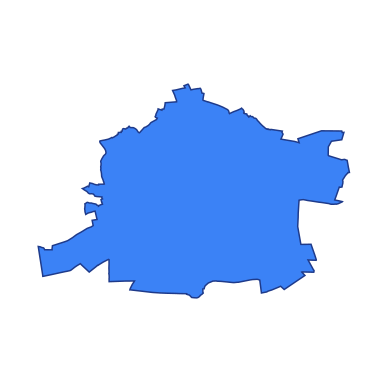 Biharia, Bihor, Romania, rotated 174°
{"feature_id": "2599482B24055189409402", "entity_name": "Biharia", "entity_type": "district", "adm_level": 2, "iso_a3": "ROU", "parent_name": "Romania", "parent_adm1": "Bihor", "projection": "natural_earth1", "projection_center": [21.929, 47.156], "detail": "fine", "context": "isolated", "style": "filled", "palette": "blue", "viewbox_px": 384, "rotation_deg": 174, "n_neighbors": 0, "source": "geoboundaries", "source_scale": "gbopen_adm2", "svg_char_len": 5938}
<svg xmlns="http://www.w3.org/2000/svg" viewBox="0 0 384 384"><g transform="rotate(174 192 192)"><path d="M278.4,252.2L278.3,250.7L274.3,244.2L273.6,242.3L273.4,240.3L273.6,239.6L273.8,239.2L274.0,238.9L274.5,238.4L275.4,237.8L276.4,236.9L277.0,236.0L278.0,234.7L279.1,232.9L279.5,232.3L279.6,231.6L279.4,230.0L279.6,229.0L279.6,228.6L279.7,227.9L280.0,227.3L280.1,226.9L280.2,226.4L280.1,225.8L280.1,225.3L280.5,223.5L280.3,222.4L280.2,221.6L280.1,219.7L280.2,217.3L280.2,216.9L280.0,216.0L279.5,214.3L279.1,212.8L279.0,212.0L278.7,211.3L278.7,210.9L278.6,210.6L278.6,210.3L278.4,209.1L278.9,209.0L284.0,209.5L284.1,208.8L285.4,209.0L285.9,209.0L286.8,209.3L288.4,209.9L290.0,210.8L292.7,211.7L294.2,208.0L295.3,208.7L296.4,208.2L299.4,207.1L300.6,206.9L299.0,205.4L297.0,203.9L296.5,203.5L296.0,202.9L295.6,202.2L294.8,201.4L294.0,200.9L292.8,200.8L292.0,200.8L290.8,200.4L290.3,200.2L289.9,199.7L289.4,198.9L289.1,198.1L288.6,197.9L287.0,197.4L283.1,196.7L282.1,196.4L282.3,196.0L282.2,195.3L282.1,194.9L281.8,194.5L283.3,194.0L283.1,192.5L282.9,191.3L282.7,191.3L282.4,189.7L282.5,189.7L282.4,189.2L283.6,189.0L285.9,188.3L286.1,187.9L286.5,187.7L286.5,188.0L286.7,188.3L287.3,188.7L287.8,188.8L288.2,189.2L288.5,189.7L288.9,190.1L289.4,190.2L292.2,191.1L293.3,191.6L294.9,191.7L295.3,191.8L296.0,192.2L296.9,192.6L297.5,192.6L297.9,192.4L298.9,191.8L299.8,191.4L299.7,190.4L300.3,187.1L300.5,186.7L300.5,185.8L300.4,184.6L300.5,183.6L300.0,180.8L297.9,181.8L296.7,182.1L294.3,182.4L292.8,182.8L291.5,183.0L290.4,183.1L289.3,174.6L294.3,174.3L293.8,168.9L295.8,167.9L296.3,167.7L296.9,167.6L300.0,166.8L306.7,163.6L310.5,162.0L311.4,161.6L315.6,159.1L317.0,158.4L320.3,156.8L320.7,156.6L323.9,155.8L333.9,153.7L336.4,153.2L337.1,150.2L337.1,149.2L338.8,149.3L344.6,150.0L345.1,151.5L345.8,152.1L347.2,152.5L348.0,153.0L348.8,153.4L350.6,153.9L350.0,141.3L349.9,139.6L349.2,125.6L349.2,123.7L348.7,123.7L340.8,124.5L332.0,125.5L326.3,126.1L324.8,126.2L321.4,126.6L320.4,127.0L316.4,129.5L314.2,130.7L310.5,132.4L309.7,131.3L302.6,123.1L295.5,127.6L293.8,128.8L293.2,129.1L293.1,128.9L291.8,129.6L287.4,131.7L282.2,133.7L281.6,133.4L282.0,129.2L282.6,124.9L282.9,120.5L283.1,120.2L283.2,119.7L283.2,119.0L283.1,118.4L283.3,115.6L283.5,114.7L283.8,111.5L267.4,110.4L258.5,109.5L259.0,108.8L261.0,106.4L263.5,102.5L264.0,101.2L263.9,101.2L241.6,96.2L236.3,95.3L234.7,95.0L227.8,94.0L218.6,92.8L215.2,92.3L207.9,91.4L208.0,90.8L205.3,89.7L203.4,87.2L203.2,87.1L200.8,86.6L198.3,86.2L196.9,86.5L195.8,87.1L195.1,87.6L194.6,88.3L193.6,88.8L192.7,89.3L192.0,89.9L191.4,90.3L191.5,90.9L191.7,91.0L191.5,92.9L191.5,93.7L191.4,94.4L190.0,94.5L189.6,95.8L188.8,97.2L188.5,97.5L186.0,99.3L185.6,99.6L185.0,99.9L182.2,100.7L180.6,101.2L177.1,101.0L176.5,100.7L172.5,100.1L167.1,99.0L161.0,97.7L159.6,97.5L156.5,97.5L155.3,97.4L143.2,98.5L140.8,98.6L136.7,98.4L135.6,98.2L133.8,97.3L133.5,84.3L128.1,84.8L126.6,85.5L123.0,86.2L115.9,88.3L114.0,88.9L113.7,89.0L110.5,85.4L88.4,97.2L91.2,100.9L90.9,101.0L84.7,100.2L79.3,99.5L78.8,100.9L79.0,101.5L79.4,102.0L80.0,103.5L83.7,112.3L80.0,111.7L76.9,111.3L75.7,111.1L75.5,111.3L75.5,111.7L76.4,116.1L79.1,127.6L84.0,128.0L89.2,128.5L90.5,146.7L90.4,147.2L89.1,155.6L88.6,159.7L86.8,170.4L86.5,171.7L86.5,172.2L86.3,172.7L85.7,172.7L84.2,172.8L82.1,172.8L79.8,172.1L78.0,171.5L73.6,170.4L67.6,168.8L64.1,168.0L56.8,166.1L55.9,165.6L54.9,165.3L54.1,165.2L53.2,165.1L52.6,165.0L52.3,165.0L50.7,165.0L49.6,164.8L47.7,165.1L43.6,166.5L43.4,166.7L46.9,167.9L49.8,168.8L50.9,169.2L49.1,172.8L46.0,179.4L45.0,181.5L44.1,181.2L43.4,181.2L42.3,181.3L41.9,182.7L41.1,184.9L40.8,186.8L41.0,188.2L39.5,190.0L37.8,192.2L35.8,194.0L34.8,194.7L34.8,195.0L33.4,195.0L33.7,198.5L33.9,200.3L34.1,203.4L34.4,207.3L35.2,207.6L36.6,208.4L37.1,208.5L39.8,208.4L40.9,208.8L41.7,209.2L52.2,213.7L52.7,214.4L51.7,222.7L48.0,227.9L37.6,228.3L34.7,235.4L36.4,235.4L36.5,236.2L36.7,237.0L50.5,238.6L56.9,239.3L81.1,233.9L80.3,229.8L84.5,231.5L88.8,232.7L97.0,235.0L98.0,235.3L95.4,240.0L96.3,242.1L95.8,243.1L107.0,246.0L107.3,245.7L110.1,246.4L109.8,246.7L111.5,247.1L111.8,247.3L112.1,247.4L113.2,248.7L114.4,249.9L115.9,251.6L117.5,253.7L118.5,255.2L119.5,256.3L119.9,257.4L120.7,258.4L121.4,258.8L122.3,258.9L123.1,259.6L123.7,260.5L124.1,260.7L124.8,260.7L125.4,260.9L125.6,261.1L126.2,261.8L127.6,260.6L128.2,261.4L128.2,261.8L129.1,262.6L129.3,263.8L130.2,264.2L130.9,264.2L131.6,264.6L131.9,264.7L132.3,265.1L132.3,265.4L131.8,265.9L132.0,267.4L132.7,268.8L133.5,269.5L133.9,270.2L134.7,269.8L135.3,269.5L138.7,268.4L142.3,267.5L145.8,266.3L146.5,266.0L146.8,266.7L146.9,267.7L147.2,269.1L148.0,270.2L152.4,273.1L153.3,273.6L156.0,275.1L158.0,276.1L162.7,278.2L166.7,280.0L166.8,279.9L171.1,281.9L171.4,282.1L171.5,282.3L171.5,282.5L171.1,284.2L170.6,286.0L169.8,288.7L169.9,288.8L171.5,289.2L171.8,289.4L171.8,289.8L172.3,292.8L172.7,293.9L173.0,294.3L174.6,294.1L175.6,294.2L179.7,294.0L182.4,293.7L182.9,295.3L184.2,299.0L184.7,299.7L188.9,298.5L187.9,296.3L189.3,296.1L190.5,296.1L197.2,295.2L200.7,295.0L199.1,290.1L198.8,288.4L197.8,284.4L197.9,283.3L209.3,283.6L210.0,280.7L211.2,277.5L213.1,277.5L213.4,276.5L217.0,278.2L217.2,277.3L219.8,273.0L219.9,271.9L220.6,271.2L220.8,270.7L220.4,270.0L219.9,269.7L218.8,269.1L219.7,267.8L225.4,265.4L226.1,264.9L227.1,263.8L228.6,262.7L231.1,261.5L232.8,261.1L238.0,256.4L238.6,256.6L239.5,257.6L240.2,259.1L240.6,259.8L241.6,260.8L242.7,261.6L243.5,262.1L244.8,262.3L245.6,262.4L246.3,262.5L246.9,262.8L247.7,264.0L248.4,263.5L248.8,262.9L249.2,262.6L249.4,262.4L250.1,262.4L250.5,262.3L250.8,262.0L251.1,261.8L251.3,261.6L251.6,261.6L253.3,262.2L253.6,262.2L254.0,262.1L254.5,261.7L254.9,260.6L255.2,259.8L256.1,259.8L256.2,258.7L259.0,258.9L259.3,257.4L260.2,257.2L260.3,256.6L261.4,256.1L263.5,255.0L265.5,254.2L266.0,254.6L266.7,254.3L268.4,253.7L269.7,253.3L273.7,252.8L275.3,252.7L278.2,252.4L278.4,252.2Z" fill="#3b82f6" stroke="#1e3a8a" stroke-width="1.5"/></g></svg>